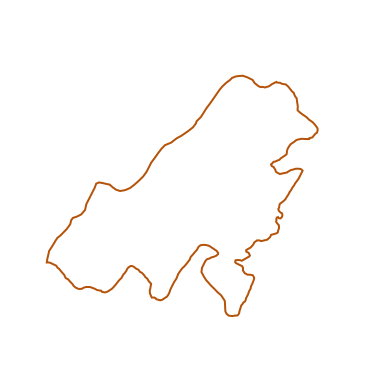 the district of Sumusta, Bani Suwayf, Egypt, rotated 28°
{"feature_id": "37247803B50724482845491", "entity_name": "Sumusta", "entity_type": "district", "adm_level": 2, "iso_a3": "EGY", "parent_name": "Egypt", "parent_adm1": "Bani Suwayf", "projection": "equal_earth", "projection_center": [30.871, 28.951], "detail": "fine", "context": "isolated", "style": "outline", "palette": "amber", "viewbox_px": 384, "rotation_deg": 28, "n_neighbors": 0, "source": "geoboundaries", "source_scale": "gbopen_adm2", "svg_char_len": 5072}
<svg xmlns="http://www.w3.org/2000/svg" viewBox="0 0 384 384"><g transform="rotate(28 192 192)"><path d="M214.8,55.2L211.7,59.6L211.3,60.7L209.9,63.1L208.4,64.2L207.5,65.4L205.1,66.0L204.0,66.7L203.2,67.2L201.3,67.3L200.8,67.3L198.3,66.8L195.9,66.3L193.0,64.6L188.3,64.7L187.7,64.7L185.4,65.0L182.4,65.5L179.5,67.2L176.2,69.6L173.8,72.5L172.9,75.4L171.0,79.4L169.2,84.6L168.3,89.2L167.9,92.6L167.1,99.5L166.3,105.8L165.4,111.5L165.0,117.2L164.6,121.8L163.0,126.9L162.8,127.6L163.3,129.3L162.5,134.4L160.2,139.6L157.8,144.3L156.0,147.7L153.6,151.2L152.7,153.0L150.4,158.2L149.0,159.9L146.1,163.4L145.9,164.3L145.0,167.3L144.8,168.0L144.7,168.5L143.9,173.2L143.1,179.5L142.2,185.2L142.3,189.8L142.4,195.5L141.6,201.2L139.8,206.9L137.9,212.1L135.6,217.3L134.0,219.4L131.8,222.0L128.0,224.9L123.7,225.6L119.8,225.1L115.9,224.1L114.3,224.6L109.2,226.0L105.4,227.2L103.5,229.6L104.1,234.1L104.2,239.8L104.3,245.0L104.4,252.4L106.0,258.0L104.7,263.8L102.3,267.3L99.0,270.8L98.6,273.7L99.6,277.6L98.8,283.4L96.5,291.4L95.6,293.7L94.7,295.5L94.3,299.5L94.3,301.2L93.9,307.5L93.5,310.9L94.6,314.9L95.6,318.8L96.9,322.4L98.1,321.6L100.5,321.0L101.9,321.0L104.4,320.9L106.8,320.8L108.7,321.9L111.2,322.4L113.6,323.5L116.5,324.6L118.0,325.1L119.4,326.2L120.9,327.3L123.2,327.3L123.8,327.3L126.2,328.3L129.7,329.4L131.6,330.5L134.0,331.0L135.0,331.0L136.9,330.9L138.4,330.3L140.3,329.1L141.2,327.4L141.6,327.0L143.1,325.6L146.4,323.8L151.3,323.1L152.7,323.1L154.2,323.1L156.6,322.4L158.0,321.8L159.5,322.4L161.9,321.7L162.8,321.1L163.8,320.0L164.7,318.8L165.6,317.1L166.6,315.3L167.5,312.5L167.5,311.9L167.9,310.7L168.2,309.1L168.4,307.9L168.8,305.6L169.2,303.8L169.7,302.2L170.1,301.0L170.1,299.1L170.1,297.0L170.5,295.8L171.0,292.9L170.9,290.1L171.3,288.4L172.7,286.0L174.2,285.4L176.1,285.4L178.5,285.9L181.4,285.8L183.4,286.9L185.8,286.9L188.7,287.9L190.7,289.0L193.1,289.5L196.0,291.2L197.5,291.7L199.0,292.2L199.5,293.9L200.5,296.8L201.0,299.0L202.5,301.3L206.0,304.1L208.3,302.9L209.3,302.8L210.8,303.4L213.2,302.9L214.1,302.7L214.7,302.6L216.5,300.9L217.9,298.1L218.7,296.7L219.0,296.1L219.3,294.0L219.2,291.2L218.7,288.3L218.6,285.5L218.5,279.8L218.9,275.8L218.3,270.6L218.7,267.2L219.2,263.8L220.1,261.5L221.0,257.4L221.4,254.6L221.8,252.8L221.3,250.0L222.2,246.6L222.6,244.3L223.5,240.8L223.5,237.4L224.2,235.7L224.4,235.1L226.8,233.3L229.7,232.1L232.5,231.5L236.4,231.9L241.3,232.4L243.7,233.5L244.2,234.6L243.8,235.6L243.3,236.9L241.9,238.7L239.5,241.0L239.0,242.1L236.7,244.5L236.2,246.8L236.3,250.2L236.4,254.2L237.9,258.2L242.8,261.5L245.2,262.8L245.7,263.1L253.0,265.8L253.7,266.0L258.4,267.4L261.3,268.4L266.1,269.5L269.1,271.1L272.0,272.7L273.5,275.0L275.5,278.4L275.8,278.9L277.5,281.7L279.9,283.4L282.4,283.9L285.7,282.7L288.1,280.9L290.0,279.7L290.5,278.6L290.4,276.3L289.9,275.2L289.4,272.3L288.8,269.5L288.8,268.9L289.3,266.6L289.2,265.5L290.2,263.7L290.1,262.0L289.6,260.3L289.6,257.5L289.5,255.8L289.0,252.9L289.1,249.7L288.4,247.8L288.3,244.4L287.8,240.4L287.3,238.7L285.8,237.6L284.8,237.0L282.4,237.7L281.0,238.3L280.0,238.9L277.6,238.9L276.6,238.9L275.7,238.4L273.7,237.3L272.7,235.0L271.7,234.5L271.2,233.9L269.3,234.0L268.3,234.0L266.4,234.1L264.0,234.1L263.0,233.6L262.5,231.9L263.7,230.9L265.4,230.1L266.8,229.5L268.2,229.4L272.9,221.9L272.9,220.8L270.5,219.1L270.0,219.1L268.5,219.2L268.0,219.2L267.1,218.0L268.0,216.3L269.9,213.4L270.3,211.7L270.8,209.4L270.7,208.3L270.7,207.1L271.6,205.4L272.1,204.2L274.5,203.0L275.9,203.0L277.4,201.8L279.3,200.1L280.7,198.9L281.2,197.7L281.5,196.8L282.1,195.4L282.0,192.6L283.4,191.4L285.8,189.0L286.3,188.5L286.7,187.3L286.2,185.6L285.7,182.8L284.2,180.5L282.7,180.0L280.3,178.9L279.8,177.2L279.3,176.6L278.8,174.9L279.7,173.8L280.7,174.3L281.2,174.3L282.6,173.7L283.1,172.0L283.0,170.8L282.5,169.7L281.6,168.6L280.1,168.6L278.2,168.1L277.2,167.6L276.2,166.4L276.2,165.3L276.2,164.7L275.7,163.6L275.1,161.3L275.6,160.2L276.5,158.4L277.4,156.1L277.9,154.4L277.9,153.3L278.3,148.7L278.2,146.4L278.6,143.6L278.6,140.7L279.0,138.4L279.0,136.1L279.5,132.8L279.8,131.0L279.8,128.7L279.8,126.4L279.7,124.1L279.7,121.8L279.7,121.3L278.2,120.7L276.7,120.8L275.8,121.2L275.3,121.4L272.9,122.6L270.5,124.9L269.1,126.1L267.2,129.0L266.8,130.1L265.4,131.3L262.5,133.7L261.1,134.9L260.1,134.9L259.6,134.9L257.2,134.9L256.2,134.4L255.2,133.3L253.3,132.2L252.3,131.6L250.4,131.7L249.4,131.1L248.9,130.6L248.9,130.0L249.4,129.4L249.8,127.1L251.2,126.0L252.6,124.2L254.1,122.5L254.5,120.7L257.3,115.5L257.8,114.4L257.3,112.7L256.7,111.6L256.2,109.3L256.2,107.0L256.6,103.6L258.2,100.6L258.5,100.1L259.4,97.8L260.8,96.0L262.2,94.9L263.6,93.7L266.0,92.5L267.5,91.9L268.4,91.3L268.9,91.1L269.9,90.7L270.6,90.2L270.3,89.5L272.7,87.2L273.1,84.9L273.6,82.6L274.5,80.9L274.0,78.6L273.0,76.9L271.0,75.8L268.6,74.7L265.7,73.7L261.3,73.2L257.9,72.1L253.5,71.7L250.6,71.2L248.2,70.7L246.7,70.1L246.1,68.7L245.2,66.7L242.3,62.8L240.3,60.0L238.8,59.5L236.4,57.8L235.4,56.7L232.9,56.2L230.5,55.1L228.1,54.0L226.6,53.5L224.2,53.0L222.7,53.6L220.8,54.2L218.4,54.3L215.5,55.5L214.8,55.2Z" fill="none" stroke="#b45309" stroke-width="2"/></g></svg>